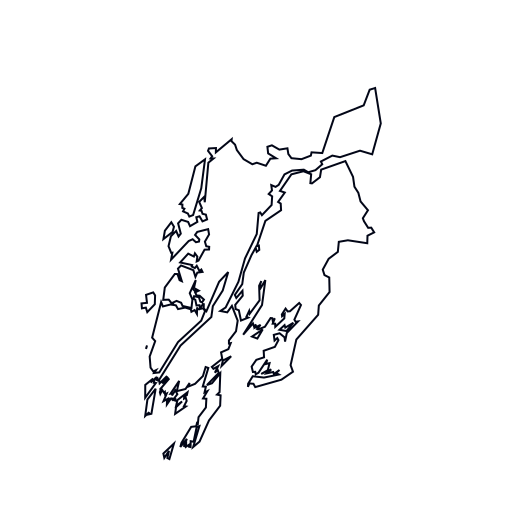 outline of Nærøy nor, Nord-Trøndelag, Norway, rotated 321°
{"feature_id": "86288312B32212303283583", "entity_name": "Nærøy nor", "entity_type": "district", "adm_level": 2, "iso_a3": "NOR", "parent_name": "Norway", "parent_adm1": "Nord-Trøndelag", "projection": "mercator", "projection_center": [11.614, 64.899], "detail": "fine", "context": "isolated", "style": "outline", "palette": "ink", "viewbox_px": 512, "rotation_deg": 321, "n_neighbors": 0, "source": "geoboundaries", "source_scale": "gbopen_adm2", "svg_char_len": 6116}
<svg xmlns="http://www.w3.org/2000/svg" viewBox="0 0 512 512"><g transform="rotate(321 256 256)"><path d="M352.3,209.4L345.1,202.3L345.3,197.1L348.2,192.1L341.1,188.0L338.0,180.0L333.6,178.3L330.0,183.9L333.1,192.7L328.4,189.4L320.5,192.1L315.3,184.0L310.9,182.4L307.3,172.9L307.8,161.6L309.8,156.3L309.2,151.3L310.6,149.9L290.0,150.2L292.8,146.9L287.1,142.8L284.9,144.1L284.7,150.9L282.1,151.6L284.4,153.5L277.7,153.5L250.0,182.0L253.0,177.4L245.9,178.2L244.1,184.7L241.0,185.3L242.1,186.5L241.0,189.6L243.1,192.3L241.0,196.8L236.2,195.4L237.1,189.6L234.0,188.3L231.9,192.6L223.5,191.3L224.7,186.8L220.8,180.9L216.0,181.6L211.6,191.3L208.1,192.1L209.7,186.3L202.3,187.1L194.2,193.3L192.1,200.2L193.1,200.8L187.7,205.4L213.1,202.0L217.3,203.1L218.0,207.5L220.8,208.9L222.4,207.4L221.9,201.3L225.5,200.3L235.7,205.0L233.1,209.7L225.3,212.7L223.5,217.1L225.4,219.4L223.6,221.4L220.0,218.7L208.4,223.4L206.5,222.9L210.0,219.6L210.2,215.5L207.4,217.3L204.8,211.5L193.0,213.3L200.7,222.9L199.4,223.7L200.9,226.9L203.8,226.3L202.6,232.1L205.0,232.1L204.4,234.7L199.9,232.0L195.8,234.1L198.4,227.6L191.8,216.2L187.4,216.7L182.5,228.9L181.4,226.7L183.6,220.6L181.6,218.9L165.3,223.1L156.3,231.7L160.7,235.0L160.7,239.6L166.0,240.9L168.4,245.2L167.5,248.6L173.1,255.8L179.2,249.8L181.1,243.2L194.0,236.8L186.3,242.9L186.7,245.9L188.5,243.9L189.7,246.9L185.8,245.9L185.0,249.3L187.2,251.4L188.1,257.1L184.9,258.1L184.0,256.4L185.7,252.1L182.6,248.3L180.5,250.0L181.3,251.8L178.6,257.0L181.1,258.7L179.7,261.4L184.6,260.0L185.1,260.6L182.4,263.8L182.7,267.7L211.1,252.8L224.3,251.0L208.4,261.9L190.9,267.8L182.9,275.3L141.0,278.1L102.9,291.2L101.6,290.8L102.7,288.6L101.6,287.9L100.9,290.0L102.2,292.3L101.0,294.3L111.3,293.3L102.9,296.1L110.7,295.0L110.7,296.8L97.1,299.3L98.5,299.5L95.6,301.3L94.9,302.9L98.8,301.1L98.5,304.2L99.7,304.2L98.3,306.3L100.1,306.7L92.8,310.6L99.4,311.8L95.3,313.0L93.3,315.3L100.4,313.2L102.2,315.2L101.3,315.0L99.9,315.6L102.9,315.6L101.8,316.9L102.6,318.1L103.4,315.0L107.9,313.9L108.8,309.6L103.0,311.5L104.4,310.1L102.9,309.2L117.7,304.7L109.4,311.2L117.5,315.0L124.5,312.9L121.3,314.9L128.2,317.0L139.2,315.9L147.0,310.6L148.5,313.0L132.5,323.9L134.8,326.0L130.1,329.7L133.2,330.4L125.2,333.4L127.6,335.7L121.7,342.2L109.9,345.1L104.3,350.7L106.0,347.9L102.4,350.7L98.1,348.0L80.5,354.3L77.0,356.8L87.2,354.6L79.8,358.8L83.3,358.2L81.6,360.2L85.0,360.5L83.9,362.0L84.9,363.3L88.7,358.8L90.6,361.1L102.1,351.7L104.9,352.6L87.0,364.9L95.3,364.7L116.0,354.2L133.9,349.8L140.8,342.0L138.5,339.2L142.0,338.9L154.5,324.6L141.7,327.2L136.7,325.4L153.5,323.4L154.5,320.4L150.6,320.8L157.2,317.8L151.9,316.9L151.9,314.4L165.1,314.6L168.2,308.9L175.9,311.0L181.5,307.8L179.9,307.0L181.8,304.6L193.1,301.9L201.1,294.7L205.9,279.6L198.2,281.7L193.7,276.3L200.0,276.9L226.1,265.0L245.9,251.0L270.4,239.4L285.1,224.2L286.7,224.8L286.3,228.0L300.2,226.2L306.1,219.8L304.9,215.8L309.7,215.1L312.5,210.5L314.7,214.6L318.4,215.0L329.5,210.5L337.8,212.3L347.5,219.0L349.3,223.8L356.2,226.7L365.2,226.4L365.9,223.4L378.5,226.0L383.5,232.1L403.1,239.6L410.3,250.1L436.4,231.5L454.3,200.4L449.0,198.3L434.5,206.7L404.3,197.3L372.3,217.7L364.4,210.4L361.8,212.5L352.3,209.4ZM385.2,238.5L361.0,229.9L355.3,235.0L345.2,234.8L344.1,233.6L350.3,227.2L346.2,220.0L334.9,214.8L315.6,220.5L318.3,224.8L307.2,227.9L308.2,230.8L304.3,236.2L285.4,234.6L262.9,248.9L264.8,249.7L262.4,253.3L259.2,253.2L261.0,249.3L253.0,252.5L236.1,261.2L227.6,269.2L215.1,272.9L214.3,276.2L223.6,274.5L220.7,278.5L209.1,280.9L206.8,284.4L208.5,287.4L203.7,296.7L211.2,299.0L210.3,297.2L216.1,294.4L214.7,296.9L230.9,292.7L239.7,281.1L244.4,278.8L241.2,280.8L239.8,283.7L248.1,280.6L229.8,297.9L196.5,309.1L211.2,306.5L210.1,309.5L212.9,309.3L210.1,311.0L216.2,312.4L210.9,313.4L211.4,314.4L218.4,316.6L228.3,313.4L229.5,314.6L228.3,316.8L231.4,316.3L226.4,319.1L228.3,320.7L226.4,323.2L238.7,322.3L241.9,319.0L238.4,319.2L239.3,317.7L245.9,315.5L245.7,319.0L247.6,320.3L260.0,319.7L260.1,322.4L245.8,329.6L245.4,332.0L247.5,333.3L231.5,335.2L224.7,340.8L227.0,337.2L225.7,330.9L220.2,328.5L217.2,333.4L220.9,333.2L220.5,335.5L213.5,338.5L202.3,334.5L198.5,339.8L190.9,336.9L183.0,339.2L180.6,344.2L182.5,345.5L181.4,347.7L184.4,348.3L199.5,343.6L195.8,346.2L199.1,347.8L193.3,352.2L185.8,350.9L196.5,353.7L190.6,354.0L196.4,357.0L195.6,359.0L202.5,359.4L198.0,359.5L199.2,362.5L185.7,355.5L177.8,347.4L169.5,350.3L167.4,352.6L170.7,350.9L173.6,353.7L172.9,357.4L197.9,368.1L211.9,369.2L214.2,362.6L234.8,346.3L267.3,340.8L273.7,334.0L290.5,330.3L299.4,318.8L297.2,313.9L299.3,308.6L310.7,303.9L322.2,304.3L329.3,297.1L337.3,301.6L350.5,316.1L355.4,310.4L362.7,312.0L363.4,306.5L360.9,304.7L361.8,296.9L362.8,293.9L371.8,290.9L371.6,279.4L375.3,271.3L376.1,264.1L381.2,255.6L385.2,238.5ZM153.3,232.1L123.9,254.1L124.1,258.7L110.1,267.2L103.8,276.4L103.5,281.1L106.4,281.8L103.2,282.8L107.6,285.6L141.3,273.8L172.7,271.8L181.8,266.7L182.0,263.4L177.3,260.9L177.9,258.9L173.6,263.9L174.3,259.4L170.7,258.7L171.8,256.4L168.5,251.5L162.0,248.2L162.7,243.9L160.3,241.3L162.3,241.4L151.9,236.6L153.3,232.1ZM265.3,148.2L242.5,165.1L229.5,167.7L231.2,169.7L229.0,172.2L230.1,174.2L227.4,175.4L229.8,180.1L229.0,183.4L232.9,184.6L256.1,168.9L277.2,148.8L265.3,148.2ZM153.2,219.6L146.1,217.0L141.8,223.8L137.2,220.8L134.4,224.9L137.9,226.8L136.2,231.2L147.0,229.8L152.8,223.1L153.2,219.6ZM94.5,296.0L81.3,299.2L69.2,310.6L74.7,310.2L72.6,311.4L75.4,312.8L94.5,296.0ZM104.3,318.5L99.6,322.2L107.0,322.5L98.7,323.2L93.8,327.8L106.8,328.8L105.5,327.4L110.9,325.0L112.3,321.7L110.4,321.5L112.1,319.7L114.7,320.6L117.0,318.8L104.3,318.5ZM98.9,286.5L88.8,286.5L80.7,296.4L98.2,291.7L96.8,290.3L100.3,287.7L94.5,288.1L98.9,286.5ZM211.4,176.5L201.1,179.0L194.7,184.6L206.3,184.8L210.7,181.6L211.4,176.5ZM74.2,350.1L59.7,351.2L57.7,355.2L65.7,352.7L60.0,357.2L60.9,359.3L74.2,350.1ZM234.7,327.7L227.8,328.1L232.5,333.5L243.0,331.4L233.7,330.1L234.7,327.7ZM215.0,317.3L202.2,316.1L205.1,321.0L215.0,317.3ZM173.6,318.3L164.4,316.4L160.1,319.8L173.6,318.3ZM112.0,258.9L113.0,258.4L115.0,256.9L112.0,258.9Z" fill="none" stroke="#020617" stroke-width="2"/></g></svg>